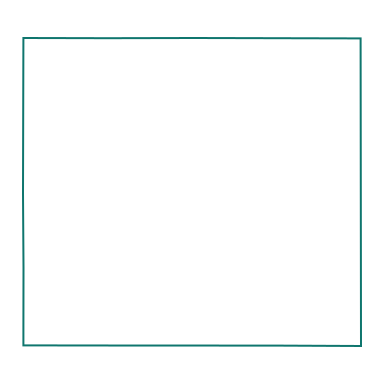 Story, Iowa, United States of America (Robinson projection)
{"feature_id": "52423323B9996743812881", "entity_name": "Story", "entity_type": "district", "adm_level": 2, "iso_a3": "USA", "parent_name": "United States of America", "parent_adm1": "Iowa", "projection": "robinson", "projection_center": [-93.545, 42.036], "detail": "fine", "context": "isolated", "style": "outline", "palette": "teal", "viewbox_px": 384, "rotation_deg": 0, "n_neighbors": 0, "source": "geoboundaries", "source_scale": "gbopen_adm2", "svg_char_len": 272}
<svg xmlns="http://www.w3.org/2000/svg" viewBox="0 0 384 384"><path d="M193.5,38.0L107.7,38.2L23.4,38.0L23.0,193.3L23.5,268.0L23.4,327.6L23.4,345.4L30.7,345.4L108.3,345.5L276.9,345.6L361.0,346.0L360.6,38.4L193.5,38.0Z" fill="none" stroke="#0f766e" stroke-width="2"/></svg>